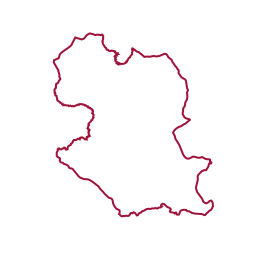 outline of Milengi, Luapula, Zambia, rotated 349°
{"feature_id": "96606910B39507061952782", "entity_name": "Milengi", "entity_type": "district", "adm_level": 2, "iso_a3": "ZMB", "parent_name": "Zambia", "parent_adm1": "Luapula", "projection": "albers", "projection_center": [29.078, -11.938], "detail": "fine", "context": "isolated", "style": "outline", "palette": "rose", "viewbox_px": 256, "rotation_deg": 349, "n_neighbors": 0, "source": "geoboundaries", "source_scale": "gbopen_adm2", "svg_char_len": 5743}
<svg xmlns="http://www.w3.org/2000/svg" viewBox="0 0 256 256"><g transform="rotate(349 128 128)"><path d="M53.3,138.6L52.7,142.1L53.7,143.3L55.4,144.7L55.4,145.5L54.8,146.6L55.2,148.5L55.7,149.0L57.4,149.7L57.9,150.8L60.3,152.1L61.7,153.3L62.4,154.3L62.4,155.4L62.8,156.0L63.5,156.5L64.8,156.9L65.8,157.6L70.2,165.8L71.6,167.6L74.7,169.6L78.6,170.7L79.9,171.3L82.7,173.8L88.0,179.8L89.0,182.3L91.4,186.0L92.6,188.3L95.3,192.0L96.0,192.8L97.5,193.6L98.6,194.6L99.1,196.0L99.0,199.3L99.7,202.0L101.1,205.0L103.9,207.0L104.0,207.7L103.5,209.7L102.9,211.0L103.4,211.3L103.9,212.5L104.7,213.3L105.5,213.6L106.4,213.4L107.5,213.8L109.1,213.7L111.2,214.3L112.1,214.3L113.3,213.4L113.8,212.6L114.4,212.1L115.3,212.1L115.9,212.6L116.4,212.5L117.3,211.8L118.6,212.5L120.0,215.5L120.7,215.6L121.3,215.3L122.2,214.1L122.7,213.8L124.2,213.4L124.5,213.5L125.0,213.3L125.7,212.5L127.6,212.3L131.0,211.1L133.3,211.3L134.6,211.8L136.3,211.5L138.0,211.9L139.7,211.8L141.2,212.6L143.6,212.0L144.9,212.2L146.4,211.5L145.6,210.5L145.9,209.8L146.9,209.2L147.7,209.0L149.1,209.7L151.4,213.0L152.0,213.5L152.9,213.8L154.4,215.4L154.5,216.0L153.3,217.4L153.2,217.8L153.5,218.6L157.0,220.0L157.6,220.8L158.7,220.1L159.1,220.2L159.3,220.8L159.3,222.1L159.9,222.5L161.4,222.7L163.5,219.6L164.2,219.2L165.5,218.8L167.5,219.0L169.5,219.6L170.3,220.9L172.4,221.6L174.6,223.6L177.4,224.8L183.8,226.5L185.0,227.1L186.2,228.1L187.1,228.1L187.8,227.7L189.1,226.6L189.8,226.4L192.2,224.7L193.6,224.4L194.8,223.3L196.6,220.8L196.8,217.4L196.2,215.7L195.8,215.1L194.6,215.1L193.8,215.4L193.0,216.1L190.6,216.9L189.8,216.6L188.8,215.8L187.8,214.6L187.3,211.7L183.7,204.1L183.3,201.1L183.4,199.3L186.7,192.0L187.1,188.9L187.7,187.7L192.1,184.5L195.0,183.9L196.6,184.3L199.6,181.1L200.5,178.9L200.9,178.5L202.6,178.7L203.3,177.9L203.0,177.3L202.0,176.8L202.5,174.8L202.2,174.4L199.8,173.8L197.9,172.9L195.2,170.7L192.8,170.9L191.2,170.6L187.2,168.7L186.3,168.5L182.5,169.6L181.1,169.6L180.2,169.3L179.0,168.3L177.9,166.7L177.0,164.2L175.1,154.4L172.5,147.5L172.4,144.9L171.4,141.5L171.5,141.0L173.0,139.2L175.3,137.7L178.3,136.6L180.4,136.4L183.9,134.9L185.0,134.8L190.3,131.8L190.2,131.4L189.6,131.0L186.8,129.6L185.5,128.3L184.3,124.8L184.8,123.0L185.4,121.8L185.6,120.1L186.3,118.8L187.9,117.3L188.4,116.5L188.6,115.3L189.2,113.8L191.2,111.4L192.2,108.8L192.6,106.3L192.5,105.1L192.9,104.1L194.0,102.6L194.0,101.7L193.6,100.3L193.9,92.8L193.5,91.4L190.3,88.6L189.5,87.0L188.1,83.7L188.7,81.8L188.7,80.9L188.1,80.1L187.0,77.2L186.2,76.3L185.1,73.3L184.4,72.3L183.7,69.2L181.2,66.4L180.1,63.4L179.5,62.7L178.1,62.1L172.4,63.3L170.0,63.2L168.6,62.9L167.2,62.2L163.1,62.2L159.6,61.4L157.6,61.3L155.6,58.6L153.7,56.6L153.1,55.6L151.1,54.6L149.4,52.4L147.6,50.7L147.4,50.7L146.9,51.9L147.5,52.7L147.5,53.0L146.3,54.7L146.4,55.5L146.1,56.3L143.8,58.3L143.4,59.1L142.0,59.5L140.9,61.0L140.0,61.7L140.1,62.1L139.3,63.0L138.9,63.1L138.7,62.9L138.4,63.5L136.4,64.1L134.2,64.0L133.0,63.4L132.2,63.9L131.1,63.4L130.7,63.8L129.9,63.0L130.8,63.0L131.3,62.3L130.3,61.7L130.2,61.9L129.9,61.9L129.7,61.2L129.3,61.1L129.3,60.8L128.6,60.3L128.5,59.9L128.4,58.8L129.2,58.5L128.7,57.4L129.3,56.7L128.9,56.5L128.8,55.8L129.1,55.4L128.7,55.1L129.0,54.8L129.5,55.1L130.2,54.8L130.2,54.4L130.6,54.5L130.4,54.1L131.0,53.8L131.0,53.4L132.0,53.5L131.9,53.4L132.2,52.7L131.5,52.7L130.1,52.0L130.0,51.4L129.8,51.5L129.6,51.2L129.9,50.9L129.7,50.7L129.7,50.1L126.4,48.9L126.0,49.1L125.8,48.9L124.7,48.9L123.6,48.2L123.4,47.6L122.9,47.2L122.4,47.3L122.3,46.9L121.9,46.6L121.7,45.2L121.0,44.6L120.5,43.7L120.5,43.1L119.7,41.3L119.5,40.3L119.4,38.2L119.7,38.2L120.0,36.8L120.7,35.8L120.6,34.7L121.1,33.9L121.2,33.2L120.8,31.8L120.4,31.3L118.9,31.7L118.2,31.2L115.6,30.5L113.6,30.5L112.3,29.8L111.5,29.1L110.6,28.9L108.9,27.9L107.5,28.1L105.4,28.9L102.1,31.7L100.6,32.1L99.3,32.2L93.5,29.1L88.1,36.0L86.1,37.2L77.7,41.0L75.7,42.2L75.2,42.6L73.2,46.3L68.3,47.3L67.7,49.6L70.7,58.3L70.5,59.2L70.9,62.7L70.3,64.6L71.0,66.9L70.5,67.6L69.4,68.2L67.8,70.5L65.9,71.0L65.8,71.7L65.1,73.3L65.2,74.2L64.7,75.0L64.3,75.1L64.2,75.6L63.5,75.9L63.0,76.7L62.9,78.2L63.1,78.8L62.8,79.1L63.1,79.6L62.8,80.1L63.2,80.5L62.9,81.7L63.1,81.8L63.1,82.2L63.5,82.4L63.7,82.9L64.0,83.0L63.9,84.0L64.1,86.1L63.8,86.6L64.2,87.9L66.2,89.6L66.2,90.1L66.5,90.5L67.5,90.9L67.8,92.2L68.5,92.6L68.7,93.1L69.0,92.9L69.0,93.2L69.3,93.1L69.4,93.3L69.9,93.6L70.7,93.5L72.2,94.2L73.8,94.5L74.1,95.2L75.8,95.0L76.8,95.9L78.0,95.8L78.2,96.2L78.9,96.5L81.8,95.8L82.6,95.9L82.9,95.5L84.2,95.9L84.5,95.4L85.3,95.3L87.6,95.9L87.7,96.2L88.6,96.3L88.8,96.7L90.0,97.2L90.1,97.8L91.1,97.9L92.0,98.9L92.2,99.4L92.7,99.3L92.7,99.8L93.1,100.0L92.8,100.3L93.0,100.5L93.6,100.6L94.3,101.1L94.5,100.9L94.7,101.0L94.9,101.3L94.9,101.8L95.6,102.2L95.8,102.9L96.2,102.9L96.2,103.4L96.7,103.6L96.9,104.8L96.6,105.4L96.1,105.7L96.4,106.7L96.2,107.1L95.9,107.1L96.8,108.7L96.1,110.0L95.9,111.0L96.1,111.3L95.3,111.8L94.5,113.3L93.6,113.4L93.1,114.3L90.0,116.3L89.9,117.0L90.2,117.0L90.3,117.8L89.4,118.5L89.1,119.4L88.7,119.7L88.8,120.1L88.3,120.6L88.8,121.0L88.7,121.7L89.2,121.7L89.9,122.3L89.9,122.6L89.1,123.4L89.0,123.9L88.5,124.2L88.3,124.9L88.5,125.0L88.3,125.3L88.5,126.9L88.2,127.1L88.1,127.7L88.7,128.0L88.6,128.3L88.8,128.6L88.4,128.7L87.7,128.4L87.6,128.9L86.5,129.0L86.3,129.4L85.7,129.1L85.2,130.3L85.3,131.4L83.7,131.0L82.1,129.1L81.6,128.9L81.1,128.4L79.2,128.4L78.9,128.6L79.0,129.4L78.5,130.0L76.8,129.0L74.6,129.9L72.4,129.5L72.1,130.0L71.4,130.3L71.0,131.5L69.7,132.5L69.0,132.6L68.5,133.7L67.5,133.9L65.7,134.7L64.8,136.2L64.6,137.4L63.0,137.4L62.4,135.5L61.9,135.1L61.6,135.1L61.5,135.6L61.2,135.8L60.0,135.6L58.4,136.3L57.1,135.9L56.4,134.9L55.8,134.8L55.6,135.2L54.9,135.5L55.0,136.4L53.3,138.6Z" fill="none" stroke="#9f1239" stroke-width="2"/></g></svg>